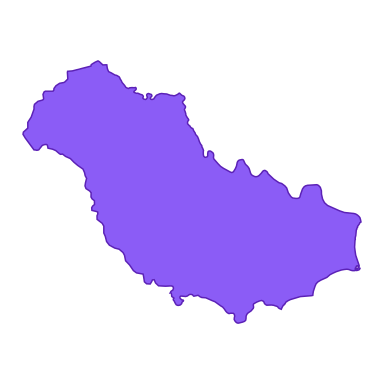 outline of Río Branco, Cerro Largo, Uruguay
{"feature_id": "84410073B34971931236421", "entity_name": "Río Branco", "entity_type": "district", "adm_level": 2, "iso_a3": "URY", "parent_name": "Uruguay", "parent_adm1": "Cerro Largo", "projection": "albers", "projection_center": [-53.429, -32.613], "detail": "fine", "context": "isolated", "style": "filled", "palette": "violet", "viewbox_px": 384, "rotation_deg": 0, "n_neighbors": 0, "source": "geoboundaries", "source_scale": "gbopen_adm2", "svg_char_len": 5926}
<svg xmlns="http://www.w3.org/2000/svg" viewBox="0 0 384 384"><path d="M170.2,292.9L170.7,292.8L171.2,293.3L171.5,294.1L171.7,296.3L172.0,296.7L173.3,297.5L173.9,298.1L173.3,298.9L173.3,299.9L174.0,300.7L175.5,303.7L176.3,304.8L177.4,305.3L178.4,305.4L179.5,305.2L180.4,304.9L181.7,303.6L181.9,302.5L182.5,301.7L182.9,301.5L183.3,301.1L183.5,300.7L183.3,300.2L181.5,299.7L180.2,298.3L179.9,297.8L179.9,297.3L180.1,296.6L180.5,296.2L181.5,296.1L185.7,296.5L187.4,296.0L188.8,294.9L189.9,294.4L191.1,294.4L192.4,294.7L193.6,296.1L193.9,296.2L198.1,295.3L200.1,296.8L201.8,297.5L205.8,297.8L212.1,300.6L214.9,301.7L220.9,306.0L222.6,307.0L224.1,308.7L225.8,311.2L227.0,312.5L228.1,313.2L229.0,313.6L230.8,313.2L233.3,313.3L234.3,314.3L234.7,316.1L234.3,317.8L234.2,319.5L234.9,320.9L236.0,322.2L237.2,323.0L238.6,323.1L242.6,322.1L244.6,321.3L245.7,320.2L246.0,318.6L246.1,316.2L246.8,314.4L248.0,313.0L251.1,310.9L253.3,308.3L253.6,307.2L253.3,304.9L253.6,303.9L256.7,302.1L259.9,300.8L261.7,300.5L263.1,301.1L264.0,302.1L264.5,303.6L265.8,304.7L266.7,305.2L271.3,305.0L273.7,305.3L275.4,305.9L276.9,306.3L277.8,306.9L278.3,307.7L279.3,308.5L281.3,309.3L282.0,307.6L283.3,305.3L283.9,305.1L284.5,304.0L284.9,304.0L285.9,302.1L287.0,301.5L287.1,301.2L290.3,299.6L300.3,296.6L311.3,295.7L312.8,295.4L313.0,293.5L313.4,291.2L315.0,286.3L316.1,283.8L317.9,281.9L320.7,280.2L326.9,277.4L330.0,274.7L332.7,273.3L336.2,271.7L341.4,270.0L344.2,269.5L346.9,269.2L348.9,269.5L350.7,270.2L352.2,270.6L354.2,270.7L354.4,270.4L356.9,270.5L357.9,270.2L358.9,269.9L359.7,269.1L360.0,268.3L358.6,267.7L358.3,267.7L357.8,268.3L357.0,268.5L357.1,268.8L356.6,268.8L355.8,269.2L355.6,269.2L355.3,268.9L355.3,268.2L355.5,267.9L355.9,267.4L355.9,267.2L356.4,266.6L356.4,266.2L356.6,266.0L357.3,265.7L357.7,265.9L358.0,266.3L358.3,266.5L359.0,266.6L359.2,266.1L359.1,265.3L357.4,260.3L355.7,255.2L355.1,251.1L354.6,247.1L355.0,240.4L355.3,239.5L355.2,237.9L355.8,235.5L356.3,230.0L356.7,229.5L356.7,229.0L356.8,228.5L357.6,227.2L357.6,226.8L357.5,226.5L359.5,223.7L359.8,222.7L361.0,222.0L360.5,219.6L359.9,217.6L358.9,216.4L357.5,215.1L355.7,214.0L353.9,213.5L344.4,212.5L339.5,210.8L327.6,205.5L324.5,202.7L322.6,199.1L321.5,194.2L321.4,190.7L320.3,187.3L318.5,185.4L316.9,184.7L307.5,185.3L305.4,185.9L303.9,187.0L302.5,189.0L300.7,194.0L299.9,197.0L299.2,197.8L298.4,198.2L297.4,198.4L295.8,198.4L292.8,198.0L291.5,197.2L290.6,196.2L288.3,192.8L286.7,188.0L284.9,185.9L281.7,183.5L278.9,182.7L273.7,179.1L268.1,173.8L267.4,172.3L266.9,171.6L265.4,170.6L264.8,170.4L264.1,170.5L263.3,170.8L262.5,171.6L261.4,173.1L259.2,175.4L258.0,176.2L256.9,176.6L255.7,176.7L254.6,176.5L252.5,175.5L251.3,174.5L250.6,173.2L249.2,168.7L248.3,167.2L247.2,165.9L245.7,164.5L245.0,163.5L243.6,160.4L243.0,159.7L242.1,159.5L239.2,160.1L238.6,160.5L237.7,161.4L237.2,162.6L236.5,166.0L235.4,168.6L233.6,171.5L232.8,172.2L232.3,172.4L231.6,172.5L230.6,172.2L223.6,168.4L220.6,166.4L218.0,163.7L213.9,159.0L213.6,158.1L213.5,157.4L213.7,155.2L213.5,154.0L213.0,152.9L211.5,151.7L210.5,151.1L209.1,151.0L208.5,151.3L208.0,151.8L207.7,153.8L207.7,155.6L207.6,156.2L207.2,156.7L206.7,157.0L205.6,157.3L204.9,157.3L204.4,156.9L203.7,156.2L203.4,154.9L203.3,154.1L203.3,152.9L203.3,151.5L203.5,150.6L203.2,149.6L203.0,149.2L202.7,148.2L202.1,147.4L201.7,145.4L200.8,144.4L199.5,141.9L198.3,138.4L197.4,136.4L196.2,135.2L195.4,134.0L195.2,133.1L193.6,130.6L192.9,128.7L192.6,128.4L191.9,128.3L190.5,127.1L190.0,126.1L189.0,125.3L187.7,123.9L187.5,122.9L187.6,121.9L187.8,121.3L188.7,120.1L188.7,119.8L188.0,118.5L187.5,118.0L185.9,115.2L185.7,113.4L185.0,111.2L184.7,110.6L184.4,109.7L184.6,108.9L185.2,108.0L185.5,107.1L185.4,106.3L183.2,103.7L182.6,102.6L182.6,101.7L183.5,100.6L184.2,100.0L184.7,99.1L184.9,98.4L184.6,97.1L183.8,96.1L181.7,95.2L179.6,93.2L179.1,93.2L177.6,94.4L175.1,95.6L173.9,95.8L172.0,95.4L170.4,95.3L166.8,94.0L164.0,93.8L161.6,93.5L159.8,93.8L156.5,95.2L155.0,96.9L154.6,97.7L154.1,98.1L154.0,98.6L153.6,99.1L152.7,99.2L152.5,99.4L151.9,99.5L150.6,99.1L150.3,98.5L150.3,98.1L151.0,97.0L151.7,96.4L151.9,95.8L151.7,95.1L151.4,94.5L148.5,93.5L147.7,93.7L147.0,94.2L146.7,94.8L146.7,95.4L146.8,96.0L147.2,96.6L147.4,97.4L146.6,98.7L146.1,99.2L145.4,99.5L143.9,99.1L143.3,98.7L142.8,97.9L143.3,96.9L143.3,96.2L142.4,95.0L141.8,94.7L140.6,94.4L137.8,93.2L137.2,93.2L136.7,93.3L136.0,93.2L134.4,92.5L133.9,92.1L133.9,91.7L134.1,91.3L135.1,90.4L135.7,89.9L136.2,89.1L136.1,88.1L135.6,87.5L134.4,87.7L131.6,87.6L129.7,87.8L128.4,88.5L126.6,87.8L125.8,87.3L124.6,85.4L122.1,82.5L121.3,80.7L120.1,78.8L119.8,77.9L119.1,76.8L116.7,75.4L114.9,75.0L111.3,72.9L108.9,71.8L108.3,71.0L107.6,69.3L107.2,67.7L106.8,64.8L102.8,64.9L99.4,61.7L98.0,60.9L95.1,62.2L91.3,64.5L90.9,66.1L72.4,70.9L67.6,71.3L67.4,72.4L67.8,79.0L64.9,81.9L63.9,82.5L59.6,83.3L56.0,85.7L54.0,88.4L53.8,90.2L52.9,91.2L45.3,91.2L44.1,91.9L43.0,94.4L43.6,98.4L43.4,99.4L42.4,100.1L38.0,101.3L34.5,104.3L34.0,106.4L34.0,109.2L31.2,117.1L28.6,121.1L27.8,122.4L27.8,128.1L23.4,132.1L23.0,134.3L25.3,138.1L34.0,149.9L35.0,149.9L36.9,150.3L38.7,149.9L42.2,145.5L43.0,145.1L44.2,144.7L45.2,144.5L46.5,144.5L47.4,145.2L48.0,148.2L52.6,149.2L55.8,150.6L59.4,153.7L60.5,154.3L62.6,154.1L65.5,156.4L70.4,158.6L74.0,162.3L77.7,165.4L83.0,169.1L84.5,172.5L85.2,175.8L86.6,178.3L85.5,182.7L85.0,185.9L86.0,188.6L89.7,191.0L91.1,192.8L91.0,197.0L92.1,198.9L94.4,200.7L94.5,204.5L92.6,206.1L91.7,207.7L91.8,209.4L91.9,210.4L96.0,211.4L97.7,212.0L97.8,213.9L97.0,215.8L97.1,219.4L102.2,223.3L103.8,226.1L103.8,233.0L105.3,236.4L106.6,241.6L109.4,245.2L114.8,248.1L119.1,249.2L123.0,252.5L124.5,255.3L125.6,260.8L129.6,265.0L133.4,270.6L136.5,272.9L143.1,274.1L143.7,277.1L144.4,281.8L146.6,283.8L150.2,284.0L151.7,281.6L152.4,279.9L154.2,279.7L155.5,282.9L158.5,285.8L165.5,286.2L171.2,285.9L172.8,286.4L173.5,288.1L172.9,290.0L171.0,291.3L170.2,292.9Z" fill="#8b5cf6" stroke="#5b21b6" stroke-width="1.5"/></svg>